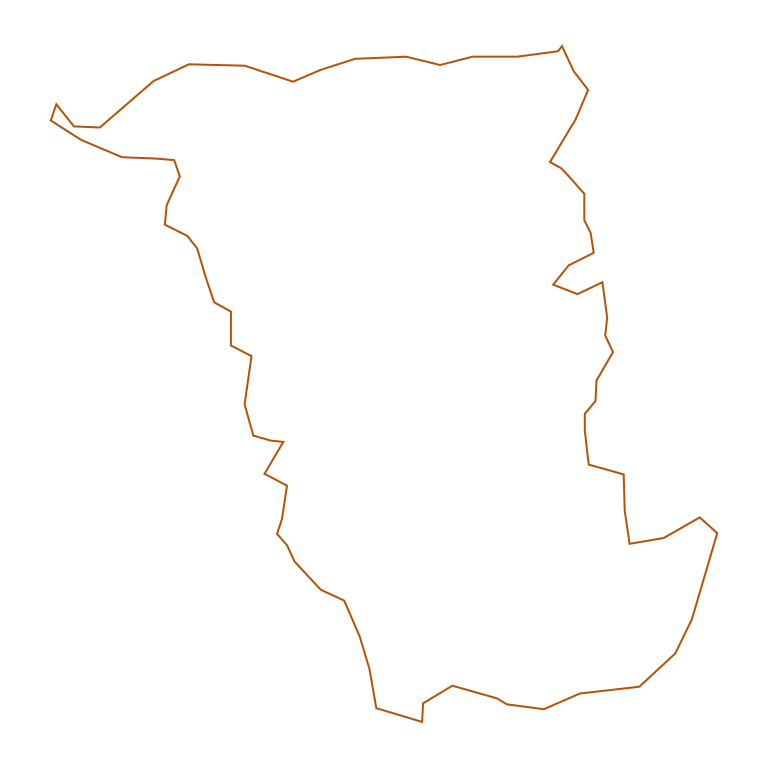 Psathi, Paphos, Cyprus (Mercator projection)
{"feature_id": "46923920B43405779194913", "entity_name": "Psathi", "entity_type": "district", "adm_level": 2, "iso_a3": "CYP", "parent_name": "Cyprus", "parent_adm1": "Paphos", "projection": "mercator", "projection_center": [32.534, 34.892], "detail": "fine", "context": "isolated", "style": "outline", "palette": "amber", "viewbox_px": 768, "rotation_deg": 0, "n_neighbors": 0, "source": "geoboundaries", "source_scale": "gbopen_adm2", "svg_char_len": 1151}
<svg xmlns="http://www.w3.org/2000/svg" viewBox="0 0 768 768"><path d="M56.3,104.3L50.8,120.5L81.1,139.9L121.9,157.2L156.4,158.6L174.2,160.1L179.8,176.4L166.7,205.2L164.8,224.6L187.3,235.9L197.2,248.4L205.3,276.0L214.1,302.3L230.9,311.6L230.9,345.5L251.5,356.1L244.6,404.3L253.3,435.6L270.8,440.6L283.3,441.9L264.5,473.8L287.0,485.7L282.0,518.9L277.0,533.9L287.0,545.2L294.5,561.5L320.8,589.8L344.2,600.6L359.8,636.8L369.5,669.1L376.3,708.2L422.1,721.9L423.1,703.3L452.3,685.7L497.1,698.4L506.8,704.3L543.9,709.2L552.8,705.3L579.9,693.5L639.3,686.7L675.3,653.4L691.9,619.2L704.6,576.1L717.1,533.5L717.2,533.1L699.7,517.4L663.7,538.0L629.6,543.8L624.7,510.6L623.7,474.4L588.7,464.6L584.8,430.4L584.8,413.7L595.5,401.0L596.5,380.5L613.0,352.1L605.2,335.4L607.2,317.8L602.4,282.2L577.5,294.1L553.2,284.7L568.7,265.3L593.7,252.8L590.6,232.8L584.3,220.2L584.3,193.9L570.0,177.6L561.3,168.3L550.0,162.0L575.6,119.4L588.1,90.0L573.7,71.2L562.0,46.1L558.1,51.2L517.3,56.7L472.5,56.7L440.0,65.0L406.2,56.7L355.1,58.8L320.6,69.9L293.0,81.7L244.7,65.7L188.8,64.3L153.6,81.0L99.8,127.5L73.9,126.4L56.3,104.3Z" fill="none" stroke="#b45309" stroke-width="2"/></svg>